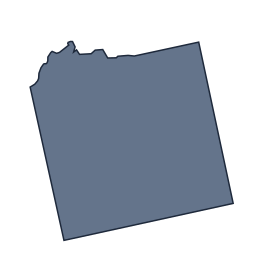 the district of Kinney, Texas, United States of America, rotated 78°
{"feature_id": "52423323B1423896904617", "entity_name": "Kinney", "entity_type": "district", "adm_level": 2, "iso_a3": "USA", "parent_name": "United States of America", "parent_adm1": "Texas", "projection": "albers", "projection_center": [-100.689, 29.354], "detail": "fine", "context": "isolated", "style": "filled", "palette": "slate", "viewbox_px": 256, "rotation_deg": 78, "n_neighbors": 0, "source": "geoboundaries", "source_scale": "gbopen_adm2", "svg_char_len": 577}
<svg xmlns="http://www.w3.org/2000/svg" viewBox="0 0 256 256"><g transform="rotate(78 128 128)"><path d="M223.6,40.8L58.7,41.0L58.9,106.9L57.0,112.8L55.7,123.0L56.9,124.9L55.3,133.3L46.0,136.4L45.0,143.9L47.7,148.6L45.9,160.1L40.9,162.1L42.4,165.4L37.7,162.9L31.9,164.3L31.4,166.3L31.8,168.8L33.0,169.4L34.6,168.7L39.8,179.3L40.1,182.3L37.3,186.3L38.2,187.9L41.9,191.6L45.7,192.5L47.5,193.7L48.1,194.7L47.7,196.6L48.0,197.4L51.0,200.6L55.9,203.7L60.9,205.1L63.1,206.6L65.8,210.1L67.6,215.2L224.6,214.0L223.6,40.8Z" fill="#64748b" stroke="#1e293b" stroke-width="1.5"/></g></svg>